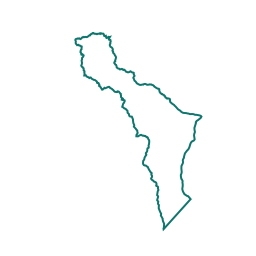 the district of Puerres, Nariño, Colombia, rotated 30°
{"feature_id": "7082276B46740439042483", "entity_name": "Puerres", "entity_type": "district", "adm_level": 2, "iso_a3": "COL", "parent_name": "Colombia", "parent_adm1": "Nariño", "projection": "natural_earth1", "projection_center": [-77.42, 0.8], "detail": "fine", "context": "isolated", "style": "outline", "palette": "teal", "viewbox_px": 256, "rotation_deg": 30, "n_neighbors": 0, "source": "geoboundaries", "source_scale": "gbopen_adm2", "svg_char_len": 5706}
<svg xmlns="http://www.w3.org/2000/svg" viewBox="0 0 256 256"><g transform="rotate(30 128 128)"><path d="M39.7,75.6L39.4,76.1L38.6,76.7L38.2,77.6L38.6,78.4L39.4,78.9L39.7,79.4L39.9,80.0L40.3,80.7L41.1,81.2L41.9,81.4L42.5,81.7L42.8,81.4L43.1,81.3L43.6,80.7L44.5,81.0L45.4,80.6L46.3,80.8L47.0,80.5L47.3,80.7L47.9,82.2L48.4,83.1L48.2,83.7L48.3,84.6L48.8,85.5L48.8,86.0L50.0,86.6L50.4,87.2L50.8,87.1L50.9,87.6L51.1,87.8L51.5,87.6L51.9,87.0L52.4,87.3L53.1,87.2L53.4,87.5L53.5,88.9L53.2,89.9L53.2,90.4L53.9,91.5L54.0,92.6L54.6,93.3L54.9,93.9L55.6,94.5L56.2,96.2L56.3,97.3L56.8,97.7L57.9,98.1L58.4,98.0L58.8,98.4L59.7,98.5L60.3,99.3L60.6,100.1L61.5,100.3L62.0,100.7L62.1,101.4L63.0,102.2L63.2,102.9L63.7,103.7L63.9,104.4L64.1,104.3L64.7,103.5L65.2,103.4L66.3,104.1L66.7,104.0L67.6,104.1L68.4,103.8L69.5,104.1L70.1,103.1L70.6,102.9L71.8,103.4L72.6,103.5L73.2,103.4L74.3,103.4L75.2,103.0L77.7,103.3L78.1,103.6L78.5,104.2L78.8,104.4L79.5,104.1L79.8,103.8L80.4,104.0L80.8,104.6L81.4,104.7L81.6,105.2L81.9,105.3L81.9,106.0L83.6,106.2L85.5,107.3L86.4,107.7L86.6,107.3L86.9,107.2L87.1,106.2L87.5,105.6L87.5,105.2L87.9,105.3L88.4,105.0L90.3,102.4L91.0,101.8L91.5,101.8L92.0,102.2L94.7,102.2L95.4,102.5L95.9,102.4L97.8,103.1L98.4,103.2L100.0,102.7L100.4,102.4L100.2,102.2L100.7,101.4L101.8,101.1L102.5,101.3L103.0,101.6L104.8,102.1L105.0,102.8L105.5,103.1L106.5,104.7L107.6,105.1L108.0,105.0L108.6,105.1L108.7,105.8L108.3,106.3L108.4,106.6L109.0,106.5L109.7,105.8L110.0,106.1L111.1,105.7L111.4,105.9L111.8,106.7L111.8,107.3L111.9,108.4L111.7,109.0L111.8,110.0L112.0,110.5L112.3,112.2L112.5,112.6L113.3,112.5L115.1,112.9L116.3,112.6L118.1,113.2L118.7,113.2L119.0,113.4L120.0,115.0L121.7,115.4L123.0,116.8L124.0,117.0L125.6,116.3L125.8,116.5L126.2,116.6L127.3,117.6L127.9,117.9L128.5,118.9L130.2,121.1L131.9,122.3L132.2,122.8L132.4,123.9L135.3,124.8L135.8,125.2L136.6,125.3L137.4,125.7L138.0,126.7L138.6,127.1L138.9,127.8L138.8,129.8L139.4,131.0L140.9,130.2L141.4,129.1L142.7,127.4L144.6,127.3L145.5,126.7L146.1,126.8L146.9,126.3L147.5,126.3L148.7,126.7L149.1,126.6L149.2,126.3L149.5,126.3L150.3,126.7L151.5,127.7L152.4,128.0L153.2,129.2L153.7,130.2L154.3,131.6L154.5,132.8L155.4,134.0L155.6,134.4L155.7,134.9L155.1,135.7L155.2,136.5L155.9,137.7L156.2,138.6L156.2,139.9L156.0,140.4L156.1,140.9L156.4,141.5L157.0,141.7L157.3,142.1L157.1,144.3L157.2,145.6L157.8,147.2L157.6,148.8L158.1,150.0L158.9,151.4L159.6,151.9L160.3,152.2L161.1,152.1L162.2,151.6L163.8,151.9L164.5,151.8L166.6,153.3L168.8,154.5L169.9,155.1L170.6,155.0L170.9,155.1L171.3,155.7L171.3,156.2L171.6,156.8L172.6,157.3L173.0,157.8L173.3,158.7L173.2,160.1L173.7,160.6L174.4,160.9L175.6,160.9L177.5,161.4L178.3,161.2L179.6,161.2L180.1,161.6L180.6,162.1L181.0,162.8L181.1,163.6L181.3,163.9L181.7,164.0L182.9,163.8L183.4,164.0L183.8,164.5L184.1,165.4L185.0,166.1L185.4,166.7L185.3,167.3L185.4,168.0L186.7,171.4L186.9,171.7L187.7,171.9L188.2,172.1L188.5,172.6L189.2,175.6L189.5,176.1L190.9,176.5L191.2,177.0L191.6,178.3L192.1,178.8L193.3,179.3L194.7,182.1L196.9,183.9L198.7,185.2L199.5,185.6L200.0,186.6L200.1,187.2L200.6,187.6L201.5,188.1L203.5,189.3L203.8,190.0L204.9,191.2L207.2,192.9L208.8,196.1L209.0,197.3L209.4,197.8L217.8,158.3L214.2,157.0L212.8,157.3L210.7,157.1L210.0,157.1L207.3,155.5L205.5,153.7L204.4,150.9L203.4,149.2L202.4,148.0L201.8,146.6L200.2,145.5L199.6,145.4L197.8,143.2L197.2,142.1L197.1,140.9L196.5,139.2L194.6,136.6L193.3,134.2L193.1,131.1L192.7,130.0L191.7,128.7L191.4,128.0L191.3,125.7L191.0,125.3L190.0,121.6L190.4,118.2L190.9,116.3L190.8,114.1L190.0,110.8L189.8,109.1L190.2,107.5L191.2,106.1L191.4,105.4L191.4,104.5L188.9,101.4L188.3,99.9L188.1,98.6L187.9,97.9L186.5,96.3L185.5,94.8L184.6,90.8L184.3,89.6L184.1,89.6L183.9,89.1L183.8,88.5L184.0,87.4L184.7,86.1L185.9,83.0L185.9,81.4L185.4,81.2L184.8,81.1L183.4,81.4L180.8,82.3L179.3,83.1L178.1,83.2L177.0,83.6L174.7,85.0L173.3,85.2L172.1,85.7L171.2,85.9L168.2,87.3L166.3,87.4L164.6,86.9L162.0,86.8L158.5,85.6L157.0,85.3L156.5,85.0L154.3,84.9L151.7,84.4L151.4,84.2L151.0,83.6L150.5,83.3L150.3,82.5L149.5,81.9L148.9,82.1L148.4,82.1L147.2,83.0L146.7,82.7L146.3,82.9L145.8,82.7L145.1,82.8L144.1,81.9L143.4,82.0L142.4,81.4L142.0,81.6L140.9,81.7L140.6,81.5L140.1,81.8L139.8,81.6L138.5,81.5L138.1,81.1L137.3,80.9L137.0,80.5L136.2,79.7L135.7,78.8L135.1,78.6L134.0,79.1L132.0,79.1L131.6,79.0L130.6,79.0L129.8,78.9L129.5,78.6L128.3,78.4L127.4,78.7L126.7,78.6L126.0,78.8L125.5,79.3L124.8,79.5L124.7,79.7L123.5,80.7L122.5,81.1L121.4,81.1L120.7,81.3L119.8,82.1L119.6,82.7L119.2,82.8L117.5,84.3L116.4,84.8L113.2,84.9L112.6,84.5L111.2,83.9L110.1,83.8L109.5,83.4L108.8,82.7L107.5,81.9L107.4,80.6L107.6,79.6L106.0,78.5L105.5,77.4L105.2,77.3L103.7,77.8L102.7,77.8L101.9,77.6L101.6,77.9L101.2,78.8L100.2,79.8L98.0,80.2L96.8,79.6L95.4,79.4L95.1,79.6L94.9,80.1L94.7,80.1L93.7,79.8L93.1,79.9L92.7,80.5L91.7,81.3L91.1,81.0L89.8,81.4L88.8,81.4L87.7,81.0L87.2,80.2L86.1,79.3L85.3,79.4L84.0,78.6L83.5,78.5L83.3,77.4L83.6,76.6L83.1,76.0L82.9,74.8L82.4,73.0L81.9,72.4L81.3,72.0L80.4,71.7L79.3,70.8L77.5,70.3L76.9,69.2L75.9,68.9L75.7,67.7L74.9,66.9L73.7,66.4L72.1,66.4L70.7,65.3L70.5,64.4L70.6,63.8L70.0,63.1L69.8,61.8L69.2,61.2L69.0,60.7L68.6,60.6L67.4,61.0L67.0,60.7L66.8,59.4L66.8,58.2L66.5,58.5L65.5,58.8L64.9,60.3L64.5,60.8L64.0,60.7L62.7,59.2L61.9,60.1L61.2,60.1L60.9,59.6L60.1,58.9L59.3,58.7L58.2,59.4L57.8,59.3L57.3,59.9L56.7,59.9L56.7,60.5L56.4,60.5L56.2,60.2L55.5,61.0L54.6,61.6L54.4,62.1L54.2,62.3L53.4,62.3L53.1,62.6L52.5,62.7L51.6,63.3L50.7,63.0L50.3,63.1L49.8,63.6L49.6,64.6L48.8,65.5L48.9,66.5L48.8,66.8L48.3,66.9L47.3,69.4L46.7,70.0L45.9,70.2L44.7,71.2L44.2,71.2L43.8,71.9L43.2,72.1L42.6,74.4L42.2,74.9L41.0,74.7L40.7,74.9L40.3,75.5L39.7,75.6Z" fill="none" stroke="#0f766e" stroke-width="2"/></g></svg>